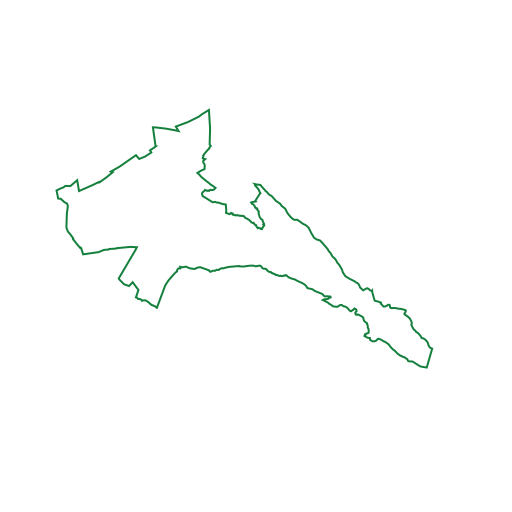 Huejotzingo, Puebla, Mexico (orthographic projection), rotated 212°
{"feature_id": "50627088B90352297212669", "entity_name": "Huejotzingo", "entity_type": "district", "adm_level": 2, "iso_a3": "MEX", "parent_name": "Mexico", "parent_adm1": "Puebla", "projection": "orthographic", "projection_center": [-98.474, 19.164], "detail": "fine", "context": "isolated", "style": "outline", "palette": "green", "viewbox_px": 512, "rotation_deg": 212, "n_neighbors": 0, "source": "geoboundaries", "source_scale": "gbopen_adm2", "svg_char_len": 6100}
<svg xmlns="http://www.w3.org/2000/svg" viewBox="0 0 512 512"><g transform="rotate(212 256 256)"><path d="M57.5,270.8L59.9,270.5L62.4,271.6L63.0,272.4L65.0,273.9L68.2,274.8L70.8,274.8L71.9,274.2L74.1,275.4L78.1,276.6L79.7,276.4L81.3,277.1L82.7,277.2L84.3,277.8L87.3,279.6L88.0,280.4L88.2,281.5L89.6,282.9L92.4,284.5L94.9,285.0L99.1,285.3L99.5,285.6L99.6,286.2L99.6,288.1L100.1,289.2L100.8,289.3L105.5,287.8L107.0,286.9L110.7,285.5L114.0,283.3L115.0,283.5L116.8,285.3L118.2,284.6L118.8,283.0L119.5,281.9L121.0,280.7L125.0,281.8L125.3,282.7L128.5,282.0L131.7,281.0L137.8,286.5L139.0,288.0L139.0,287.7L140.0,287.8L140.8,287.3L142.4,287.7L143.9,287.7L144.7,287.5L145.1,287.1L146.9,283.7L147.9,283.8L149.3,284.2L150.7,284.3L153.8,286.4L155.5,286.8L156.9,286.6L158.7,286.8L164.4,286.3L168.9,286.2L169.9,286.4L173.8,288.2L175.9,290.1L180.8,292.6L183.7,293.5L185.6,294.7L188.2,295.7L190.7,296.0L194.6,298.1L196.7,298.6L198.8,299.8L207.0,302.4L210.0,303.1L213.2,302.2L216.5,302.3L221.4,304.8L226.2,307.8L227.8,308.2L230.4,308.5L232.9,308.2L240.3,308.6L241.6,307.6L243.1,306.9L245.0,307.0L247.3,307.4L251.1,308.7L252.9,309.5L256.3,311.6L260.9,312.1L263.1,313.1L268.3,313.3L274.6,315.2L276.7,315.0L278.3,315.2L280.0,315.9L282.8,316.3L283.5,316.7L285.7,317.2L290.0,318.6L293.3,317.0L295.2,316.3L294.6,316.1L294.4,315.7L293.7,315.1L292.0,314.8L288.8,313.7L287.4,312.6L285.5,311.6L285.7,311.1L285.8,306.0L285.8,301.8L285.5,301.8L288.0,299.5L288.4,298.7L286.8,298.1L285.3,298.3L283.8,297.7L282.2,296.6L281.2,296.5L280.9,296.9L280.5,297.0L279.9,296.8L279.6,296.3L279.7,296.1L279.3,295.8L278.0,295.5L276.9,294.9L276.6,293.7L273.4,290.9L271.2,290.0L270.0,290.1L269.4,289.9L268.7,289.0L266.2,287.5L266.5,286.6L265.3,286.4L265.5,283.2L265.2,281.9L266.2,281.5L266.9,281.8L267.7,281.4L268.7,281.4L269.3,280.5L271.4,281.4L272.1,282.1L272.4,281.8L273.2,281.9L273.6,282.1L273.9,282.1L274.8,282.4L275.6,282.9L276.1,282.3L277.7,282.1L279.0,282.6L280.0,282.6L280.7,283.0L285.9,282.7L287.0,283.4L288.7,282.9L289.7,282.4L289.7,282.2L291.4,281.5L291.6,281.2L293.3,280.9L294.2,280.0L294.9,279.9L295.0,279.6L296.2,279.1L297.4,279.3L297.8,278.8L298.3,279.1L298.5,279.5L298.8,279.2L300.0,279.3L300.2,278.2L300.5,277.5L304.3,276.7L305.3,278.8L308.9,283.7L311.4,282.5L316.4,281.3L317.4,280.6L319.4,280.2L320.0,279.8L321.2,278.6L333.1,278.6L334.8,280.2L335.1,281.3L334.3,284.0L334.2,285.1L332.0,285.3L331.3,286.3L330.3,286.3L329.8,288.0L328.4,288.4L327.1,289.7L326.8,290.4L326.4,292.3L330.2,292.6L332.3,292.5L334.7,293.0L336.9,293.1L344.6,294.1L346.8,294.9L349.7,295.4L347.7,299.5L345.7,302.4L347.5,305.7L348.5,306.6L349.8,307.1L350.6,307.7L351.0,308.3L351.1,308.7L350.4,311.2L352.1,310.6L353.0,310.7L353.3,311.7L353.3,312.5L353.7,313.0L354.0,313.1L353.8,315.9L353.1,320.7L352.9,321.7L352.5,322.3L353.0,323.4L352.7,325.4L354.4,326.0L362.3,339.5L373.3,354.9L376.9,347.7L378.3,343.9L384.8,333.4L392.6,323.3L387.9,320.9L391.8,319.5L400.1,316.2L406.8,313.0L407.5,312.8L411.6,310.5L399.3,295.8L399.1,295.9L399.8,294.0L401.9,289.4L399.6,288.3L402.8,281.5L406.5,276.4L411.2,277.9L419.0,259.6L423.8,250.7L421.9,251.1L424.7,242.9L427.9,235.3L428.4,235.6L432.0,229.8L440.5,217.3L447.8,225.5L450.4,217.2L450.8,216.7L454.3,214.8L455.1,213.8L455.6,212.2L457.4,209.9L459.9,205.9L454.2,199.9L451.7,201.1L450.6,200.7L448.8,200.6L447.8,200.2L444.0,200.3L442.1,198.8L438.9,191.8L431.9,179.7L428.6,177.1L425.3,176.1L420.3,174.1L420.3,173.4L413.3,170.9L409.4,169.7L409.3,170.2L408.5,170.1L403.5,165.8L391.5,175.9L388.4,180.3L386.5,181.9L384.8,183.0L384.4,183.6L384.5,183.7L384.4,183.9L383.7,184.5L379.6,187.4L378.2,188.6L378.3,188.8L367.3,197.2L361.7,200.3L361.4,197.7L360.5,164.2L359.5,163.7L352.9,162.1L347.7,163.3L346.7,168.4L337.7,164.9L335.9,157.3L334.9,157.6L333.3,157.1L332.2,157.8L330.1,158.2L328.9,157.6L328.0,158.7L326.4,159.7L325.7,159.9L322.4,159.8L320.0,159.4L319.6,159.1L317.2,159.4L316.8,159.7L316.1,159.6L314.6,159.9L313.0,159.4L312.6,159.5L317.4,183.1L317.3,188.5L316.9,191.6L315.6,199.1L314.8,201.1L315.3,201.9L315.4,203.5L315.1,204.5L314.4,205.0L313.6,205.3L313.6,205.7L314.5,206.7L313.1,207.1L311.6,208.1L309.9,209.8L305.5,210.5L301.5,212.3L300.8,212.8L300.4,213.9L298.6,216.0L297.2,217.0L287.9,219.0L287.5,218.5L286.3,218.4L284.6,220.8L282.8,221.9L282.0,223.5L280.2,224.4L279.8,225.7L278.8,227.2L278.0,227.9L277.1,228.2L275.3,230.4L272.7,232.8L265.3,238.3L264.8,238.3L264.6,238.8L263.2,239.1L259.7,241.4L259.6,241.7L256.5,244.2L254.2,245.8L252.6,246.6L250.9,247.0L247.8,249.8L246.7,250.1L244.3,249.2L243.1,249.1L241.7,250.0L240.6,250.2L240.2,250.1L239.9,250.3L238.7,249.7L237.5,249.5L236.4,249.6L235.3,250.1L235.1,249.9L234.6,250.2L233.5,249.9L232.9,250.3L231.9,250.1L230.5,250.7L230.2,250.4L229.4,250.4L227.6,251.2L225.9,251.3L225.1,251.8L224.8,252.2L223.6,252.5L222.2,253.9L221.8,253.9L221.6,254.6L221.1,254.8L221.0,255.2L220.7,255.2L220.0,255.8L218.8,255.4L216.2,255.3L213.2,255.9L210.7,256.7L207.9,256.8L202.8,257.5L200.3,257.6L199.0,257.5L197.5,257.1L195.4,256.0L190.6,257.7L187.6,257.5L179.9,258.9L176.9,258.2L175.8,258.4L174.7,259.4L173.2,260.0L172.3,260.7L171.3,261.0L170.8,260.4L171.4,259.9L172.3,257.6L175.3,255.3L176.0,254.1L170.4,254.6L168.8,254.3L166.3,254.4L164.1,254.1L160.4,255.8L159.7,256.6L159.1,258.2L158.5,259.1L157.3,259.9L155.2,259.7L154.3,260.2L151.9,260.5L149.8,260.1L147.7,259.3L146.3,259.4L146.0,259.6L145.4,261.4L144.9,262.0L144.8,263.6L143.7,263.7L142.8,263.7L141.9,263.2L141.5,262.6L141.8,260.8L141.2,259.8L140.4,259.3L139.9,259.7L139.1,259.6L138.7,260.3L137.8,260.6L133.1,260.8L131.9,260.1L130.7,258.8L129.7,258.2L127.7,257.9L126.5,257.9L125.9,257.6L125.7,257.1L124.0,255.8L123.5,254.7L122.6,254.1L122.1,254.0L120.1,251.3L119.9,250.3L120.4,249.6L121.3,248.8L121.3,247.3L122.0,247.2L121.6,245.6L118.0,245.8L115.9,246.8L114.7,245.3L114.1,245.2L113.5,245.4L111.8,245.4L110.3,246.5L109.3,247.8L108.7,250.3L107.9,250.9L105.4,251.3L102.2,251.3L101.4,251.6L96.8,251.4L93.2,250.0L90.6,249.4L88.1,249.2L84.2,248.2L80.7,248.0L79.5,248.4L78.4,248.2L75.8,248.9L74.7,248.6L73.1,248.7L71.4,247.6L70.5,247.7L67.3,249.5L59.3,249.4L57.6,249.6L52.1,251.9L57.5,270.8Z" fill="none" stroke="#15803d" stroke-width="2"/></g></svg>